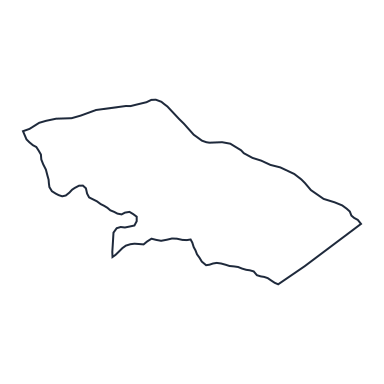 São Sebastião do Tocantins, Tocantins, Brazil
{"feature_id": "56859067B49139944462870", "entity_name": "São Sebastião do Tocantins", "entity_type": "district", "adm_level": 2, "iso_a3": "BRA", "parent_name": "Brazil", "parent_adm1": "Tocantins", "projection": "natural_earth1", "projection_center": [-48.356, -5.243], "detail": "fine", "context": "isolated", "style": "outline", "palette": "slate", "viewbox_px": 384, "rotation_deg": 0, "n_neighbors": 0, "source": "geoboundaries", "source_scale": "gbopen_adm2", "svg_char_len": 1757}
<svg xmlns="http://www.w3.org/2000/svg" viewBox="0 0 384 384"><path d="M278.2,284.3L304.7,266.2L361.0,223.9L357.8,219.9L354.1,217.9L351.4,215.6L349.8,211.5L346.7,208.7L342.2,205.4L334.6,202.3L323.6,198.9L310.9,190.1L304.9,183.0L301.3,179.4L294.3,174.0L280.3,167.4L270.4,164.9L261.1,160.6L252.5,157.9L243.8,153.2L241.1,150.3L230.3,143.7L222.1,142.2L209.4,142.7L206.3,142.2L202.0,140.7L193.7,134.7L183.8,123.6L179.0,118.9L167.4,106.5L164.1,104.0L161.4,101.8L155.8,99.7L151.3,99.9L146.5,102.2L136.1,104.7L130.5,106.1L125.9,106.0L96.0,110.0L80.7,115.6L71.6,118.2L56.1,118.7L46.1,120.8L39.2,122.8L29.5,128.9L23.0,131.2L26.5,139.4L29.3,142.2L32.9,145.2L36.3,147.0L38.7,150.7L40.9,154.5L41.3,159.5L43.2,164.3L45.9,169.6L47.4,175.4L48.6,179.7L48.9,183.4L49.4,187.1L51.9,191.2L55.7,193.6L58.6,195.1L62.2,196.3L65.8,195.5L69.4,192.6L72.1,189.7L74.8,187.9L79.0,185.7L82.9,185.6L85.9,188.3L87.1,193.6L89.1,197.4L93.5,199.6L96.9,201.3L100.7,204.1L104.1,205.8L107.4,207.8L110.3,210.3L114.2,211.9L117.4,213.6L121.6,214.4L125.0,212.6L129.5,211.9L133.2,214.1L136.7,216.7L136.7,221.2L134.4,225.5L129.8,226.5L124.9,227.5L120.7,227.0L116.7,228.2L113.5,232.6L112.7,245.7L112.3,251.8L112.5,257.0L115.5,254.9L118.9,251.6L122.4,248.1L125.9,245.6L130.5,244.2L134.5,243.7L138.7,244.0L143.6,244.4L147.1,241.5L151.5,238.7L156.2,239.9L161.1,240.8L167.0,239.7L172.0,238.5L176.9,238.7L182.4,239.9L186.8,240.1L190.6,239.5L192.3,242.6L193.7,247.1L195.5,250.4L197.0,254.3L199.4,257.6L201.8,261.6L206.1,265.2L209.5,264.7L213.0,263.5L216.7,262.9L221.1,263.5L225.8,264.8L229.5,266.0L233.9,266.4L238.1,267.0L242.1,268.6L246.2,269.8L249.8,270.3L253.7,271.4L256.9,275.2L260.8,276.4L264.1,276.9L267.7,278.1L271.2,280.5L274.7,282.8L278.2,284.3Z" fill="none" stroke="#1e293b" stroke-width="2"/></svg>